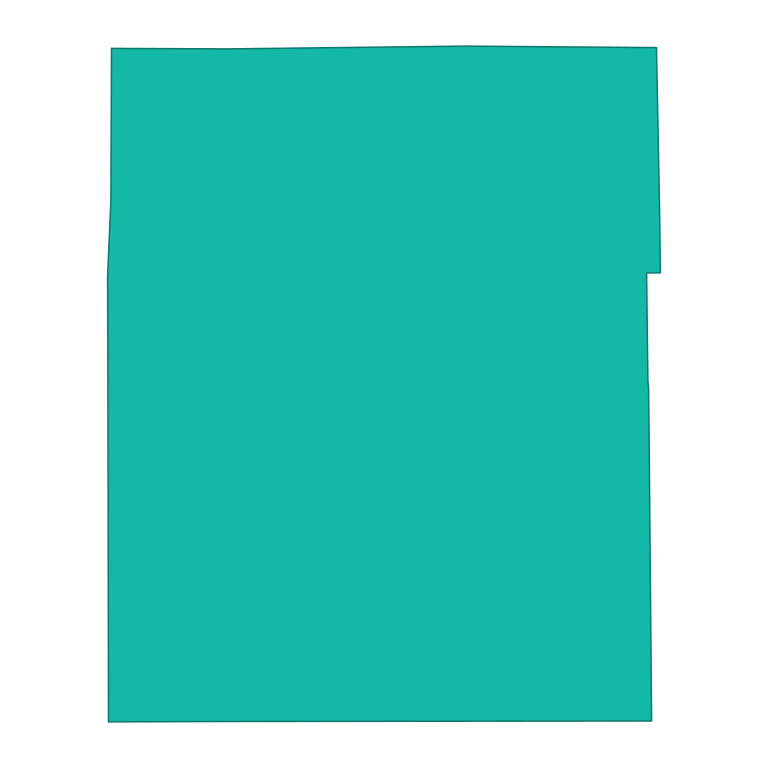 the district of Champaign, Illinois, United States of America
{"feature_id": "52423323B49146676442539", "entity_name": "Champaign", "entity_type": "district", "adm_level": 2, "iso_a3": "USA", "parent_name": "United States of America", "parent_adm1": "Illinois", "projection": "natural_earth1", "projection_center": [-88.181, 40.14], "detail": "fine", "context": "isolated", "style": "filled", "palette": "teal", "viewbox_px": 768, "rotation_deg": 0, "n_neighbors": 0, "source": "geoboundaries", "source_scale": "gbopen_adm2", "svg_char_len": 332}
<svg xmlns="http://www.w3.org/2000/svg" viewBox="0 0 768 768"><path d="M110.9,199.8L107.6,275.8L107.9,380.9L108.5,721.9L225.5,721.5L651.6,721.0L649.3,456.8L648.6,388.0L647.9,381.3L646.6,273.0L660.4,272.8L659.7,215.7L656.5,47.6L465.4,46.1L228.2,48.9L111.5,48.4L110.9,199.8Z" fill="#14b8a6" stroke="#0f766e" stroke-width="1.5"/></svg>